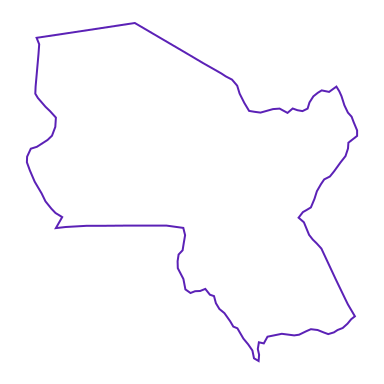 Caetés, Pernambuco, Brazil
{"feature_id": "56859067B96397731147508", "entity_name": "Caetés", "entity_type": "district", "adm_level": 2, "iso_a3": "BRA", "parent_name": "Brazil", "parent_adm1": "Pernambuco", "projection": "equal_earth", "projection_center": [-36.636, -8.815], "detail": "fine", "context": "isolated", "style": "outline", "palette": "violet", "viewbox_px": 384, "rotation_deg": 0, "n_neighbors": 0, "source": "geoboundaries", "source_scale": "gbopen_adm2", "svg_char_len": 1673}
<svg xmlns="http://www.w3.org/2000/svg" viewBox="0 0 384 384"><path d="M357.1,135.9L357.1,130.4L353.6,122.0L351.6,116.7L347.9,112.6L344.4,105.3L341.5,96.2L339.3,91.3L336.4,86.6L329.1,91.9L321.7,90.4L317.8,92.8L313.4,96.3L309.5,102.4L307.6,108.6L302.5,111.1L297.4,110.2L292.7,108.5L287.5,112.9L279.6,108.6L273.0,109.1L260.5,112.6L254.5,111.8L249.1,110.9L244.3,102.9L239.6,93.6L237.2,85.7L232.0,79.6L225.8,76.4L221.4,73.5L202.9,63.0L187.7,54.0L134.8,23.0L63.5,33.8L36.6,37.8L39.2,44.3L38.5,54.0L35.6,86.6L35.3,93.7L37.9,98.0L45.5,106.8L50.1,111.2L55.9,117.6L55.3,126.9L52.0,135.7L47.5,140.0L36.9,146.8L30.8,148.7L27.1,156.7L26.9,162.3L29.9,170.5L34.7,181.7L38.0,187.3L41.6,193.4L45.5,201.4L51.4,208.7L55.5,213.0L62.2,217.1L55.9,228.1L65.7,227.0L86.7,225.8L102.3,225.8L127.0,225.6L157.8,225.6L166.5,225.6L183.3,227.9L185.1,235.2L183.8,242.8L182.6,250.3L178.6,254.5L177.6,261.2L177.8,268.2L183.4,279.0L185.4,289.4L190.5,293.0L195.1,291.2L200.1,291.0L205.3,288.9L209.9,294.7L214.0,296.1L215.9,303.2L219.4,309.0L224.4,313.1L230.2,321.3L233.3,326.6L237.4,328.3L243.4,338.6L248.2,344.4L252.4,350.5L254.0,358.3L258.6,361.0L259.1,354.8L257.8,349.0L258.9,342.3L263.8,343.4L267.5,336.7L281.8,333.8L294.2,335.4L299.1,334.7L306.3,331.2L310.9,329.2L317.6,330.0L323.6,332.4L328.2,334.1L333.9,332.4L337.6,330.0L342.7,328.0L347.5,323.7L351.2,319.2L354.9,316.3L347.9,304.4L345.3,299.1L335.6,279.0L321.4,248.6L316.7,243.4L312.8,239.6L309.1,234.9L303.9,222.3L298.6,217.7L302.9,212.1L306.6,210.0L310.9,207.4L314.5,198.8L316.9,191.2L321.0,184.1L324.2,179.4L329.9,176.5L334.1,171.3L340.6,162.3L345.5,156.1L348.0,148.5L348.4,142.7L357.1,135.9Z" fill="none" stroke="#5b21b6" stroke-width="2"/></svg>